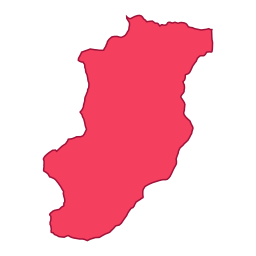 Khar, Pemagatsel, Bhutan (Natural Earth projection)
{"feature_id": "84629894B26310020901724", "entity_name": "Khar", "entity_type": "district", "adm_level": 2, "iso_a3": "BTN", "parent_name": "Bhutan", "parent_adm1": "Pemagatsel", "projection": "natural_earth1", "projection_center": [91.394, 26.945], "detail": "fine", "context": "isolated", "style": "filled", "palette": "rose", "viewbox_px": 256, "rotation_deg": 0, "n_neighbors": 0, "source": "geoboundaries", "source_scale": "gbopen_adm2", "svg_char_len": 5216}
<svg xmlns="http://www.w3.org/2000/svg" viewBox="0 0 256 256"><path d="M133.1,207.5L133.3,207.0L134.1,206.1L134.5,205.0L135.0,203.9L135.6,203.0L136.0,202.1L136.8,201.6L137.8,200.9L139.4,199.9L140.3,199.4L140.7,199.2L141.3,198.4L142.0,198.1L142.7,197.9L143.0,197.5L143.1,196.5L142.9,195.7L142.8,194.4L142.8,192.2L142.9,190.3L143.2,189.7L143.5,188.9L144.1,187.9L145.1,186.4L147.3,185.1L149.2,184.1L152.4,182.7L154.5,182.0L157.8,181.0L158.9,180.6L160.2,180.3L161.6,179.9L163.0,179.7L164.1,179.6L165.2,179.7L166.1,179.5L167.2,179.3L167.8,178.8L168.9,177.8L170.0,176.4L171.1,174.3L171.7,173.1L172.7,170.9L173.9,168.4L175.8,165.0L176.1,164.3L176.4,163.6L176.4,162.5L176.5,161.4L176.3,160.1L176.2,159.5L176.1,159.0L176.9,156.5L177.3,155.4L178.1,153.3L178.5,151.2L179.5,148.9L180.2,147.7L183.0,145.2L184.2,143.7L186.1,142.0L188.0,140.1L189.4,137.7L190.7,135.1L191.6,133.6L191.9,132.1L192.4,130.1L192.9,128.7L192.9,127.9L192.7,126.9L191.7,125.0L191.1,123.8L190.6,122.5L190.3,121.9L190.1,121.2L189.4,120.5L188.1,119.3L185.9,117.2L184.7,115.6L183.9,114.2L183.8,113.4L183.7,112.4L183.9,111.6L184.2,110.9L184.4,109.9L184.4,108.8L184.6,107.3L184.7,105.7L184.9,104.5L184.3,102.7L183.5,101.3L182.3,99.4L181.3,98.0L180.9,97.2L180.8,96.7L181.1,96.0L181.4,95.4L182.7,93.5L183.3,93.0L184.1,91.4L184.1,90.5L184.1,89.8L184.4,88.7L184.5,87.6L184.3,85.0L183.7,83.9L183.3,82.6L182.9,81.9L183.6,81.0L184.1,80.5L184.7,79.7L185.0,78.5L185.2,77.7L185.3,76.2L185.3,75.3L185.6,74.6L186.6,74.3L187.9,73.8L188.8,73.2L189.6,72.4L190.3,71.2L190.6,70.6L192.8,65.8L193.6,64.7L195.1,62.6L196.3,61.1L196.8,59.7L197.5,58.2L198.6,57.1L199.6,56.2L200.4,55.8L202.0,55.7L203.2,55.8L204.3,55.4L205.4,54.3L206.4,52.6L206.9,52.1L207.8,52.0L208.5,51.9L209.7,51.8L210.7,52.0L211.4,52.0L211.9,51.7L212.1,50.7L212.2,50.2L212.3,49.6L212.4,47.8L212.5,45.2L212.5,44.1L212.6,43.0L212.5,42.4L212.4,41.4L212.0,39.7L211.8,36.6L211.7,32.7L211.6,30.8L211.9,29.6L210.3,29.5L208.8,28.7L206.5,29.3L201.1,30.0L197.7,29.3L194.7,28.7L192.5,27.7L190.3,27.4L188.4,26.9L186.7,24.3L185.7,23.5L184.1,22.9L181.5,22.5L179.8,22.7L178.1,23.3L176.6,22.8L175.1,22.3L174.3,22.4L173.5,22.8L172.5,23.0L170.9,22.7L170.2,22.3L168.7,22.3L167.8,22.7L166.6,24.5L165.5,25.1L163.9,25.2L162.1,24.7L161.3,24.8L160.4,25.7L159.8,26.0L158.1,23.7L157.1,23.2L155.4,23.2L154.5,22.7L152.4,21.1L149.9,21.3L146.5,21.7L146.0,20.9L145.5,20.2L144.1,19.3L143.1,18.2L142.8,17.4L141.4,16.0L139.6,15.4L137.5,15.6L135.0,16.4L132.7,17.5L130.9,18.5L129.5,18.6L127.6,17.6L127.2,17.1L126.7,16.6L126.8,18.4L127.6,19.7L129.3,22.4L129.5,23.6L129.5,25.2L129.1,27.1L129.0,27.9L128.8,29.8L128.0,31.1L127.2,32.3L126.7,33.4L125.1,35.5L122.8,36.8L121.2,37.4L119.5,37.1L118.1,36.7L117.1,36.4L114.0,36.5L111.9,36.9L109.2,39.2L107.5,41.5L107.0,43.4L106.2,45.0L106.1,45.5L105.4,47.0L104.1,49.0L103.7,50.2L102.5,50.3L101.2,50.3L99.7,50.3L97.5,50.0L94.7,49.7L92.0,49.3L90.2,49.0L88.8,49.6L86.6,50.4L84.5,51.1L82.7,51.8L81.7,52.1L81.2,53.2L80.7,54.3L79.7,56.2L78.7,58.0L78.4,59.0L78.3,60.3L79.1,60.9L79.6,61.2L80.2,61.5L82.0,62.1L82.6,62.0L83.1,62.0L83.5,62.9L84.3,63.9L84.7,64.8L84.8,66.8L84.9,67.7L85.4,68.8L85.6,70.2L85.6,70.7L85.9,72.3L86.1,72.9L86.7,73.9L87.0,74.7L87.3,76.1L87.6,77.6L87.8,78.4L87.9,79.7L88.2,81.3L88.5,82.0L88.9,83.1L88.9,83.9L88.9,85.0L88.8,86.6L88.8,87.6L88.5,88.0L88.2,88.6L87.7,89.7L87.6,90.6L87.6,91.3L86.7,93.3L85.9,95.6L85.5,96.4L85.1,97.3L84.9,98.5L84.8,99.7L84.6,101.5L84.0,103.5L83.6,105.0L83.5,105.5L83.3,107.3L83.0,107.8L82.7,108.5L82.3,109.2L81.4,110.8L80.3,111.6L80.2,112.3L80.5,112.8L80.9,113.1L81.7,114.3L82.3,115.3L82.3,116.1L82.9,117.4L83.8,119.0L84.9,123.5L85.2,125.4L85.8,127.3L86.5,129.3L85.8,130.8L84.3,134.0L83.0,135.8L80.7,136.7L79.1,136.7L76.5,136.8L74.5,137.8L71.7,138.8L68.3,139.2L67.6,140.9L65.5,143.9L62.0,146.2L58.3,149.7L56.6,151.3L55.5,150.1L52.6,150.3L51.1,151.3L49.1,152.6L47.1,154.2L44.9,156.3L44.4,157.0L43.5,158.6L43.4,159.3L44.0,160.8L44.1,162.8L44.0,164.4L43.9,165.2L44.0,165.8L44.0,166.7L43.6,169.7L43.7,170.9L44.5,171.4L45.3,171.9L45.8,172.2L46.8,172.9L48.2,174.2L49.1,175.9L49.8,177.0L50.5,177.0L51.5,177.4L53.4,178.3L54.1,178.6L55.4,179.6L56.4,180.7L57.2,181.8L58.3,183.1L58.6,183.6L59.9,185.4L61.0,187.1L61.3,187.6L61.9,188.8L62.4,189.6L63.5,191.2L63.5,192.4L63.3,193.1L63.3,193.8L63.5,194.4L64.0,196.9L64.5,198.3L64.7,199.9L64.8,201.9L63.9,203.0L63.9,203.9L63.8,204.7L63.9,205.4L63.6,206.0L62.5,206.5L61.6,207.1L60.7,207.9L59.9,208.8L59.1,209.4L56.4,210.0L54.5,210.4L52.8,211.2L51.4,212.5L50.5,213.1L50.2,213.6L49.9,214.0L49.7,214.6L49.9,215.1L50.5,215.9L50.8,216.3L50.9,216.8L50.9,217.9L50.9,219.6L50.5,221.2L50.2,221.9L50.1,222.4L50.1,223.9L50.1,224.4L50.8,225.7L51.1,228.0L51.3,229.0L51.2,229.9L51.1,230.7L51.2,232.2L52.2,232.7L53.1,232.7L54.5,234.5L56.6,235.3L58.9,236.6L61.1,236.9L64.2,237.2L67.0,235.9L68.3,235.6L71.1,237.2L73.8,238.0L78.0,238.7L79.7,239.0L80.5,239.0L81.9,239.0L82.6,239.0L84.8,239.5L87.3,240.6L90.3,239.1L93.7,238.1L95.1,237.6L99.3,237.4L102.7,235.4L105.3,234.0L106.6,233.5L109.6,232.3L111.2,230.7L113.8,228.1L115.6,225.9L119.3,225.0L121.4,223.1L123.3,220.2L124.5,218.5L125.9,216.6L126.7,215.4L127.3,214.1L127.7,213.2L128.6,211.8L129.2,210.8L129.9,209.9L130.6,209.0L131.1,208.3L133.1,207.5Z" fill="#f43f5e" stroke="#9f1239" stroke-width="1.5"/></svg>